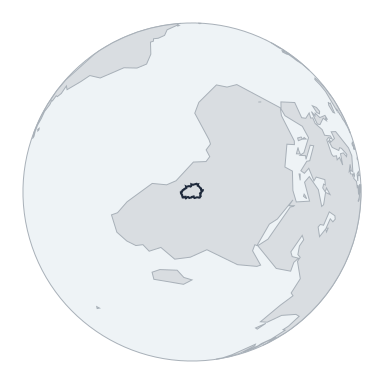 Bandundu highlighted on a globe, orthographic projection, rotated 74°
{"feature_id": "COD-1871", "entity_name": "Bandundu", "entity_type": "Province", "adm_level": 1, "iso_a3": "COD", "parent_name": "Democratic Republic of the Congo", "parent_adm1": "", "projection": "orthographic", "projection_center": [18.46, -4.427], "detail": "fine", "context": "on_globe", "style": "outline", "palette": "slate", "viewbox_px": 384, "rotation_deg": 74, "n_neighbors": 0, "source": "natural_earth", "source_scale": "10m", "svg_char_len": 8667}
<svg xmlns="http://www.w3.org/2000/svg" viewBox="0 0 384 384"><g transform="rotate(74 192 192)"><circle cx="192" cy="192" r="169" fill="#eef3f6" stroke="#a8b0b8"/><path d="M107.1,45.9L99.7,50.6L94.8,54.9L92.3,56.8L86.1,60.8L84.4,61.7L95.4,53.4L107.1,45.9ZM80.9,64.7L82.4,63.5L76.0,69.2L75.3,70.0L76.2,69.5L78.9,67.1L76.9,69.1L70.2,74.9L71.9,73.1L74.1,71.1L73.2,71.9L80.9,64.7ZM26.1,160.1L26.9,156.2L26.2,160.4L28.3,158.5L27.7,160.9L29.2,171.2L33.9,175.2L34.9,182.1L34.1,186.7L36.4,187.6L36.5,190.6L48.2,193.6L56.5,200.4L57.7,210.7L53.8,223.2L57.1,248.8L51.9,258.1L55.2,268.4L59.2,283.9L55.4,283.5L61.3,290.5L63.2,295.2L62.1,296.0L66.0,301.1L65.4,301.6L68.8,304.6L74.0,311.6L79.8,316.6L85.2,322.1L89.0,324.9L88.7,325.0L90.1,326.3L92.3,327.9L88.8,325.7L80.7,319.1L76.8,315.5L76.3,315.1L67.2,305.8L69.0,307.8L57.4,294.1L49.4,282.3L33.0,248.6L30.7,242.3L30.1,240.3L26.7,227.2L24.5,213.9L23.2,200.4L23.1,186.9L24.1,173.4L26.1,160.1ZM96.7,330.6L90.1,326.7L92.9,328.4L89.6,325.5L95.0,328.6L96.7,330.6ZM89.3,323.0L88.6,321.3L90.0,322.0L90.8,323.4L89.3,323.0ZM350.2,132.8L350.9,134.5L352.9,140.6L358.1,161.1L358.8,166.1L358.1,162.2L354.6,151.1L356.6,162.9L359.4,174.5L360.5,187.2L359.5,182.3L358.1,171.1L356.8,166.9L355.2,156.4L350.5,140.5L349.4,142.4L347.6,136.3L341.0,123.3L338.3,125.8L335.3,139.9L337.9,155.6L335.6,162.0L325.2,138.4L319.6,123.5L316.4,124.5L305.2,111.8L287.7,109.7L284.6,106.0L281.4,107.5L273.5,103.6L268.7,97.8L264.1,98.0L276.8,113.5L281.7,113.5L285.0,107.9L287.7,113.5L295.3,119.0L288.7,132.1L261.7,143.6L258.3,132.0L233.5,101.7L233.8,98.5L233.7,98.2L233.3,97.5L231.9,102.7L227.4,97.2L241.5,117.4L244.2,126.5L261.4,144.3L260.0,146.1L265.2,150.0L281.2,146.2L281.4,150.1L274.4,168.3L251.6,193.6L254.2,211.6L251.8,227.1L236.7,237.2L237.1,249.5L229.1,253.7L228.0,260.7L221.1,268.2L209.9,275.3L191.8,275.7L191.4,269.3L183.5,257.1L172.8,227.9L178.1,214.4L176.8,204.2L163.6,182.4L166.6,170.1L162.9,165.2L155.4,166.8L151.0,161.0L146.4,161.2L117.0,167.6L107.7,160.7L95.8,139.0L100.8,129.4L101.1,119.3L135.4,83.9L143.3,85.0L171.1,79.6L174.7,80.5L172.2,87.6L193.6,95.8L199.6,89.7L218.3,94.6L230.3,94.5L233.2,81.5L213.6,81.1L209.5,75.0L224.6,69.9L241.6,71.3L240.5,69.0L229.2,63.7L232.5,60.0L225.2,61.6L228.6,63.9L224.1,65.2L220.7,63.3L222.0,61.9L216.7,60.9L211.9,68.5L214.9,71.7L201.4,73.2L205.0,78.8L201.6,81.5L194.1,73.2L194.4,70.2L181.1,62.3L179.6,65.5L192.0,73.4L188.4,72.8L186.5,78.1L185.1,73.6L171.9,65.0L159.3,67.8L144.3,81.6L136.7,83.5L129.9,81.7L134.3,68.6L150.8,66.1L152.5,62.3L148.3,57.6L153.7,57.5L154.0,55.5L160.1,54.7L167.9,49.7L174.0,48.9L176.2,43.6L179.6,42.7L177.3,45.9L179.0,48.1L194.1,47.4L196.7,46.3L197.0,43.1L201.1,43.6L199.4,40.7L207.6,39.7L196.1,38.7L196.1,35.8L200.6,33.7L198.5,32.8L191.2,36.3L190.1,37.9L192.5,39.5L187.8,44.9L182.8,46.0L179.9,40.3L172.5,41.6L173.5,37.3L192.7,29.4L201.2,28.4L216.9,31.8L215.4,33.1L209.0,32.4L215.7,35.3L214.8,34.0L218.2,34.7L219.0,32.8L221.5,33.2L218.1,30.9L221.2,31.3L223.3,32.8L227.2,31.0L233.4,31.9L233.1,31.3L231.0,30.5L240.3,32.6L239.7,32.1L236.4,31.2L233.0,29.9L230.6,28.5L233.9,29.3L235.2,29.9L243.1,32.6L246.1,34.6L247.2,34.8L245.4,33.4L235.8,29.9L233.4,28.9L238.2,30.3L236.3,29.7L236.2,29.5L239.2,30.2L234.0,28.6L231.1,27.6L242.5,30.8L253.6,34.7L264.5,39.4L275.0,44.8L285.1,51.0L294.7,57.8L303.8,65.3L312.4,73.5L320.4,82.2L327.7,91.4L334.4,101.1L340.4,111.3L345.7,121.9L350.2,132.8ZM124.5,100.6L123.8,103.5L124.5,100.6ZM260.4,80.4L270.1,81.7L264.3,73.6L267.5,73.7L264.3,71.1L263.8,73.1L255.9,66.5L259.5,64.8L257.6,61.8L254.2,61.2L248.9,65.5L260.2,74.7L258.6,77.6L260.4,80.4ZM28.5,158.4L28.5,160.1L28.0,160.3L28.5,158.4ZM32.3,137.5L32.4,138.0L31.7,139.2L32.3,137.5ZM32.4,136.6L32.1,137.5L31.4,139.5L32.4,136.6ZM76.4,68.9L76.9,68.5L77.2,68.4L75.9,69.5L76.4,68.9ZM85.4,63.2L82.0,66.7L83.5,64.7L81.1,66.6L81.2,65.2L91.0,57.7L86.6,61.2L85.4,63.2ZM84.2,62.0L83.0,63.2L83.9,62.2L84.2,62.0ZM149.6,47.1L152.0,47.9L150.0,50.1L142.3,52.5L145.0,49.1L149.6,47.1ZM155.7,48.6L155.0,43.1L159.8,41.8L157.3,43.4L160.5,43.1L157.2,45.6L162.5,50.4L161.1,52.8L147.6,55.0L152.7,52.8L150.1,51.9L155.7,48.6ZM144.8,35.8L144.6,34.6L155.3,33.2L154.3,34.5L146.5,36.6L143.1,36.3L144.8,35.8ZM177.5,23.7L178.5,23.6L174.3,24.0L179.0,23.8L174.1,24.3L174.9,24.2L171.6,24.8L169.1,25.5L166.8,25.8L166.8,26.0L164.7,26.6L163.9,27.0L159.5,27.9L158.2,28.6L156.9,28.6L155.9,29.7L154.6,29.3L151.7,30.3L154.5,30.2L132.3,35.9L124.0,39.5L117.7,42.9L116.4,42.4L121.4,39.1L129.6,35.2L137.7,32.2L135.7,32.8L139.0,31.6L140.8,31.0L143.6,30.1L146.5,29.3L161.8,25.8L177.5,23.7ZM178.4,77.8L181.1,78.0L185.2,77.5L184.1,81.1L178.4,77.8ZM169.2,71.9L171.6,71.3L172.0,75.6L169.2,75.6L169.2,71.9ZM172.5,67.7L171.7,71.0L170.5,69.2L172.5,67.7ZM179.5,45.4L182.0,44.9L182.4,45.7L181.2,46.9L179.5,45.4ZM191.1,25.0L189.0,24.8L189.6,24.6L187.8,24.0L191.3,23.8L193.7,24.2L191.1,25.0ZM230.1,83.6L226.9,86.0L225.0,84.8L226.5,84.2L230.1,83.6ZM204.5,83.1L210.6,84.8L204.2,84.1L204.5,83.1ZM194.6,24.7L193.4,24.4L195.9,24.6L194.6,24.7ZM193.7,23.7L196.5,23.8L191.5,23.8L193.7,23.7ZM278.1,312.9L277.9,315.3L275.9,315.2L278.1,312.9ZM278.4,225.6L265.4,252.7L258.1,252.5L257.7,244.3L263.1,227.8L271.9,223.4L276.5,216.2L278.4,225.6ZM359.4,215.1L359.4,214.7L359.5,211.4L359.9,208.8L359.9,210.5L359.4,215.1ZM359.9,208.6L359.5,198.6L355.8,173.0L357.2,174.1L360.4,190.6L360.3,193.0L360.6,200.5L359.9,208.6ZM338.6,157.2L341.8,167.1L340.2,168.4L338.6,157.2ZM222.7,26.4L221.4,27.1L222.8,28.3L227.2,29.6L220.4,28.4L218.3,26.5L222.7,26.4ZM206.9,24.0L206.3,24.1L204.3,23.9L206.9,24.0Z" fill="#d9dde1" stroke="#a8b0b8" stroke-width="1"/><path d="M185.3,187.7L185.3,187.4L185.4,187.2L185.4,186.7L185.3,186.0L185.3,185.9L185.3,185.7L185.3,185.4L185.4,185.2L185.6,185.1L185.8,185.0L185.9,184.9L186.1,184.6L186.3,184.5L186.3,184.4L186.4,184.5L186.5,184.7L186.6,184.8L187.4,184.8L187.4,184.5L187.2,184.4L187.2,184.2L187.3,184.2L187.7,184.3L187.8,184.3L188.2,184.0L189.2,183.5L189.4,183.4L189.7,183.3L190.0,183.1L190.3,183.1L190.7,182.8L190.9,182.7L191.0,182.5L191.1,182.3L191.7,182.4L191.9,182.6L192.1,182.6L192.4,182.7L192.5,182.6L192.9,182.6L193.0,182.6L193.1,182.4L193.2,182.2L193.0,181.9L193.0,181.7L193.4,181.4L193.5,181.3L193.5,181.2L193.7,181.3L193.8,181.5L193.8,181.8L194.0,182.1L194.1,182.3L194.2,182.5L194.5,182.7L194.5,182.8L194.7,183.2L194.8,183.4L195.0,183.7L195.1,184.0L195.3,184.3L195.4,184.2L195.6,184.0L195.6,183.9L195.8,183.9L195.9,184.0L196.0,184.0L196.2,184.6L196.3,184.6L196.5,184.7L196.8,184.7L197.1,184.7L197.2,184.8L197.3,184.8L197.4,185.0L197.5,185.0L197.8,185.1L198.1,185.0L198.4,185.0L198.5,184.9L199.4,186.0L199.5,186.1L199.5,186.3L199.4,186.5L199.4,186.8L199.3,187.0L199.1,187.1L199.0,187.3L198.5,188.6L198.5,188.8L198.4,189.3L198.5,190.0L198.5,190.4L198.5,190.5L198.5,191.0L198.4,191.2L198.4,191.3L198.2,191.4L198.0,191.5L197.9,191.5L197.7,191.6L197.6,191.8L197.3,191.9L197.2,191.7L196.9,191.6L196.7,191.6L196.7,191.8L196.8,192.0L196.8,192.3L196.7,192.5L196.7,192.8L196.7,193.0L196.8,193.1L196.8,193.3L196.9,193.5L197.0,193.7L196.9,193.8L197.0,193.9L197.1,194.2L197.1,194.5L197.0,194.8L197.0,195.3L197.0,195.5L197.0,195.8L197.0,196.0L196.9,196.0L196.7,196.2L196.6,196.4L196.6,196.5L196.4,196.6L196.2,196.7L196.0,196.8L195.9,196.9L195.8,197.0L195.7,197.1L195.7,198.3L195.8,198.4L195.9,198.7L196.3,199.1L196.4,199.3L196.4,199.6L195.1,199.6L195.2,199.8L195.0,200.0L195.0,200.5L195.1,200.9L195.1,201.0L194.9,201.1L194.9,201.3L194.6,201.3L194.7,201.6L194.6,202.1L194.6,202.3L194.6,202.5L192.9,202.5L192.9,202.4L192.2,202.3L192.1,202.5L191.9,202.5L191.7,202.6L191.2,202.5L190.9,202.7L190.9,202.8L190.7,202.9L190.5,202.7L190.4,202.7L190.2,202.7L190.0,202.8L189.9,202.7L189.6,202.8L189.3,202.8L189.3,202.7L189.2,202.5L189.1,202.4L189.1,202.2L188.9,202.1L188.8,201.9L188.7,201.9L188.7,201.7L188.6,201.4L188.4,201.3L188.3,201.2L188.2,201.0L188.2,200.9L188.3,200.9L188.2,200.8L188.0,200.7L187.9,200.6L187.7,200.5L187.7,200.4L187.6,200.2L187.5,199.8L187.6,199.7L187.5,199.4L187.5,199.2L187.4,199.1L187.2,199.1L187.0,198.7L186.9,198.3L187.0,198.2L186.9,198.1L186.9,197.9L186.8,197.7L186.9,197.3L186.9,197.2L186.7,197.0L186.7,196.9L186.5,196.6L186.5,196.4L186.4,196.4L186.2,196.3L185.9,196.3L185.8,196.2L185.7,196.2L185.1,196.2L185.3,196.0L185.4,195.8L185.4,195.7L185.5,195.6L185.5,195.2L185.4,195.0L185.4,194.8L185.5,194.5L185.5,194.4L185.5,194.0L185.5,193.9L185.6,193.7L185.6,193.4L185.5,193.2L185.7,192.9L186.0,192.3L186.1,192.2L186.3,192.1L186.4,191.9L186.3,191.7L186.2,191.4L186.0,191.1L185.9,191.0L185.5,190.8L185.4,190.7L185.2,190.7L184.7,190.7L184.4,190.6L184.5,190.5L184.6,190.3L184.7,190.1L184.8,189.9L184.9,189.6L185.1,189.4L185.2,189.1L185.4,188.9L185.4,188.7L185.3,188.3L185.3,188.2L185.3,187.9L185.3,187.7Z" fill="none" stroke="#1e293b" stroke-width="2"/></g></svg>